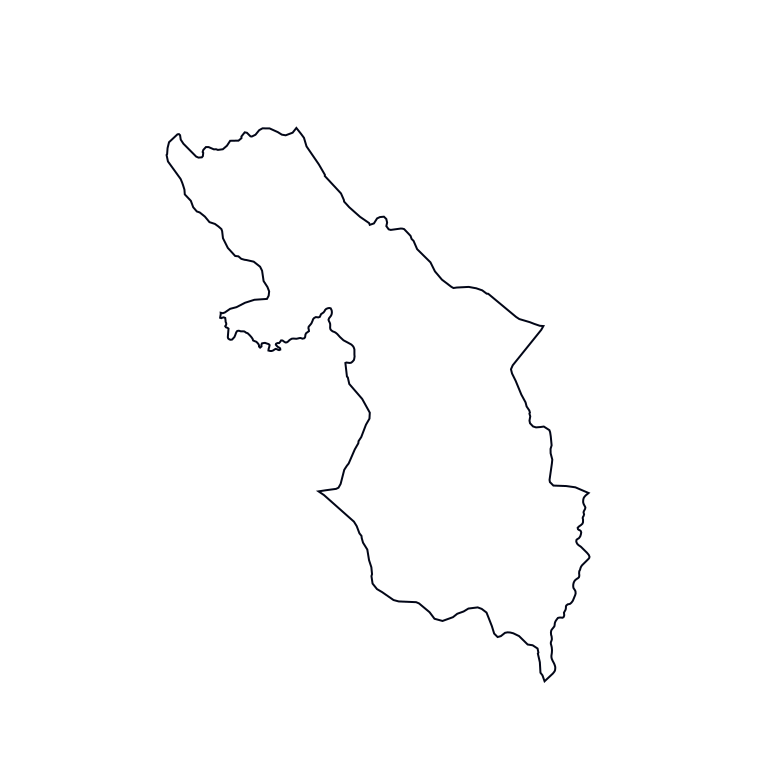 Villa Canales, Guatemala (Albers equal-area conic projection), rotated 314°
{"feature_id": "79465075B61187237098810", "entity_name": "Villa Canales", "entity_type": "district", "adm_level": 2, "iso_a3": "GTM", "parent_name": "Guatemala", "parent_adm1": "", "projection": "albers", "projection_center": [-90.541, 14.401], "detail": "fine", "context": "isolated", "style": "outline", "palette": "ink", "viewbox_px": 768, "rotation_deg": 314, "n_neighbors": 0, "source": "geoboundaries", "source_scale": "gbopen_adm2", "svg_char_len": 6144}
<svg xmlns="http://www.w3.org/2000/svg" viewBox="0 0 768 768"><g transform="rotate(314 384 384)"><path d="M261.3,411.5L262.4,418.0L264.1,458.0L262.8,463.1L259.5,470.1L259.1,473.3L257.7,475.0L255.3,479.1L253.3,487.0L246.9,495.6L243.4,502.2L238.9,507.5L237.1,508.4L232.5,514.4L231.6,521.4L233.0,527.3L235.2,540.9L237.8,545.6L249.4,558.7L250.5,561.6L251.5,575.3L250.2,583.4L254.2,590.7L264.2,595.6L269.6,596.3L275.7,599.3L281.1,600.7L288.4,606.6L290.1,610.5L290.8,616.5L288.6,621.4L284.7,629.9L281.0,636.6L280.9,641.5L283.8,643.2L289.1,643.9L291.2,645.4L292.9,647.4L294.5,650.2L296.5,656.3L296.4,668.3L299.3,672.4L300.4,678.2L298.0,681.7L297.0,681.9L292.1,689.4L285.0,697.1L284.5,700.4L281.7,706.0L293.0,706.6L295.1,706.4L296.1,706.2L297.0,705.8L297.8,705.2L298.8,704.4L299.5,703.6L300.1,702.6L300.8,701.2L301.3,699.9L302.1,697.4L302.5,696.5L302.9,695.5L303.8,694.2L304.8,693.2L307.2,691.5L309.2,689.8L311.1,687.6L312.2,685.9L313.0,684.5L314.2,683.4L315.9,682.7L317.1,682.0L318.2,680.7L319.0,679.7L319.6,678.5L320.3,677.7L321.2,676.7L322.6,675.7L323.7,675.3L328.0,674.9L329.4,674.0L330.5,673.1L331.9,672.4L332.9,672.1L334.8,671.8L336.5,671.6L337.8,672.4L338.6,673.2L339.9,674.8L341.0,675.1L342.4,674.6L343.2,673.9L344.5,672.3L347.8,671.4L349.2,670.5L350.1,669.6L351.2,669.0L353.1,669.2L354.2,670.0L355.3,670.6L357.1,670.7L359.3,670.4L365.1,668.1L366.5,667.3L367.2,666.5L367.9,665.7L368.4,664.2L368.8,662.2L369.5,661.1L370.8,659.8L371.6,659.2L373.0,658.4L374.6,657.9L376.0,657.8L377.9,658.1L378.9,658.4L380.3,658.5L381.6,657.8L382.4,657.0L383.3,655.9L385.0,654.5L386.5,654.1L388.1,653.2L389.4,652.7L390.9,652.4L392.1,652.4L400.5,652.6L401.6,652.4L402.5,651.8L403.3,650.0L403.6,647.3L403.7,638.7L403.2,635.7L403.3,633.8L404.1,631.9L405.4,630.8L406.7,630.8L408.3,631.3L409.6,631.2L411.0,630.9L412.9,629.9L414.3,628.9L414.9,627.7L414.8,626.4L414.4,625.5L414.3,624.4L415.1,623.2L416.8,623.2L419.5,623.7L421.3,623.8L422.8,623.2L424.8,621.3L425.6,620.0L426.5,619.5L427.6,619.3L429.2,618.5L430.2,616.8L431.1,616.2L433.9,615.4L435.1,614.6L435.5,613.6L435.9,612.3L436.4,610.9L437.2,609.5L437.9,608.8L439.2,607.7L440.6,606.9L441.8,606.6L442.9,606.5L444.4,606.5L445.6,606.7L447.7,606.9L442.6,593.4L437.2,586.0L428.6,576.4L428.7,571.5L430.0,569.7L443.3,560.1L446.5,557.6L449.9,552.0L453.0,548.9L456.3,547.2L462.2,540.3L464.7,537.0L465.7,535.0L464.4,528.5L461.8,526.5L458.4,523.5L457.0,520.7L457.2,516.3L458.7,514.1L462.3,511.7L463.7,509.2L464.8,508.8L465.9,506.9L466.9,502.2L469.1,498.6L471.8,490.1L477.7,476.6L480.5,468.8L482.8,465.1L486.9,463.6L532.2,459.5L536.4,458.4L534.1,455.6L531.6,450.3L529.8,446.0L524.7,436.2L524.0,432.4L521.3,396.3L520.3,395.1L519.6,389.6L516.9,383.8L515.8,382.2L512.7,377.5L503.9,369.3L501.3,367.3L500.7,365.1L499.3,353.2L500.4,342.4L503.8,332.9L504.0,314.2L507.5,305.8L507.5,303.1L509.0,300.2L509.4,290.9L508.6,289.4L507.5,288.1L499.5,281.8L498.5,279.9L499.2,276.0L502.3,274.1L504.3,271.0L504.3,267.7L501.2,265.1L498.3,264.0L492.5,265.2L488.6,263.2L489.4,261.5L487.6,250.6L487.0,236.3L487.5,228.6L488.5,227.3L491.2,220.7L492.5,196.9L493.4,196.2L496.7,184.6L501.1,163.2L505.5,155.4L506.3,150.6L507.3,143.1L501.3,143.7L494.6,140.5L492.4,137.3L491.4,132.6L488.4,124.2L483.5,119.0L479.9,117.9L474.0,118.4L470.2,117.0L469.4,115.9L469.5,110.9L468.3,109.0L463.0,109.5L461.8,110.7L458.0,110.3L452.1,104.4L446.3,105.5L440.9,105.0L437.0,101.9L436.2,100.1L434.6,98.6L432.6,93.3L430.7,91.3L426.9,91.4L424.9,92.4L424.7,93.4L422.1,95.4L420.5,95.5L418.0,93.3L417.1,90.9L417.5,72.8L418.6,68.0L421.3,64.5L421.3,62.9L420.1,62.0L408.6,61.4L403.4,64.4L398.7,68.3L397.7,68.5L394.0,74.0L390.2,95.3L388.7,98.8L387.5,101.2L385.2,105.4L382.0,109.0L381.6,117.8L378.6,124.0L378.1,129.5L379.4,132.3L380.0,138.9L379.2,146.0L381.7,151.2L382.3,155.5L382.5,159.4L381.5,161.4L377.0,166.9L373.4,177.1L372.7,188.0L374.7,190.6L374.9,194.4L376.5,197.4L377.6,198.9L381.5,205.3L382.3,213.4L380.8,217.6L374.4,225.9L372.8,232.8L370.8,237.1L367.4,239.7L363.9,240.7L354.6,232.3L345.9,227.6L336.8,224.5L331.2,221.1L324.8,219.8L322.9,218.8L321.8,217.0L320.9,218.0L319.4,219.0L317.8,220.1L318.3,221.2L319.7,221.8L320.6,222.4L321.2,223.9L319.7,225.8L318.7,226.9L318.1,228.3L317.3,229.1L316.4,229.5L315.3,229.6L315.0,230.9L315.7,232.5L315.8,233.7L309.2,239.1L308.5,240.3L308.7,241.9L309.4,243.1L310.6,243.9L312.0,243.8L313.8,243.8L315.9,243.0L317.4,242.3L318.6,241.8L320.1,241.6L321.1,242.2L321.8,243.1L322.4,244.4L323.7,245.7L324.7,246.9L325.0,248.1L325.1,249.2L325.8,250.6L325.8,252.1L325.8,253.6L325.6,256.1L325.4,257.1L325.2,258.1L324.4,259.6L324.9,261.0L325.7,262.9L325.6,265.2L325.4,266.2L324.9,267.4L324.1,268.1L324.1,269.6L325.9,269.8L327.0,268.6L328.4,268.0L329.5,268.7L330.9,269.8L331.5,271.1L332.6,273.4L332.5,274.7L330.6,275.9L329.1,276.6L327.8,277.6L328.7,279.2L329.6,280.2L331.2,281.0L332.4,281.2L333.9,281.6L334.7,282.9L335.0,284.1L335.5,285.0L336.7,285.5L337.5,284.5L337.3,283.1L337.0,282.1L336.9,281.1L337.1,278.9L338.0,278.4L339.4,278.9L340.6,280.1L342.4,280.0L343.9,279.7L344.8,280.8L345.1,283.0L345.4,284.2L346.3,285.1L348.0,285.5L349.7,285.5L350.8,285.7L352.5,286.2L353.7,287.2L355.7,289.6L357.2,290.6L358.2,291.2L359.1,292.0L360.0,293.9L361.6,294.9L362.9,294.7L365.1,293.1L366.5,292.7L369.9,293.3L370.9,292.1L371.7,290.8L372.9,290.0L376.1,289.8L377.1,289.7L380.1,288.6L381.2,288.0L383.0,287.9L384.8,288.5L386.3,290.5L387.7,291.2L390.5,290.2L393.5,290.8L395.2,290.6L396.4,290.2L398.0,290.3L399.7,291.1L400.7,291.9L401.4,293.1L400.6,295.2L399.5,296.6L398.1,297.7L396.5,298.4L395.0,298.6L393.1,298.8L391.6,299.5L391.0,300.7L390.5,302.2L389.9,303.4L389.0,304.4L386.9,306.3L386.1,307.6L386.0,308.9L386.2,310.5L386.7,311.6L387.3,313.3L387.5,315.7L387.2,319.7L387.3,324.5L388.7,329.4L389.7,333.1L389.7,334.7L389.6,335.8L389.3,336.8L388.8,337.8L388.3,338.7L384.4,342.5L383.4,343.7L381.4,345.1L380.3,345.7L378.2,345.8L376.6,345.6L375.4,344.8L374.4,343.5L373.3,342.0L372.3,341.6L363.6,352.2L363.6,353.4L359.9,359.0L358.1,378.7L353.5,393.7L349.0,397.6L342.2,399.3L330.0,404.5L325.2,405.4L323.5,406.7L316.7,408.4L302.3,413.8L299.3,414.1L294.7,415.0L282.0,422.2L277.8,423.3L275.3,422.4L267.2,416.0L261.3,411.5Z" fill="none" stroke="#020617" stroke-width="2"/></g></svg>